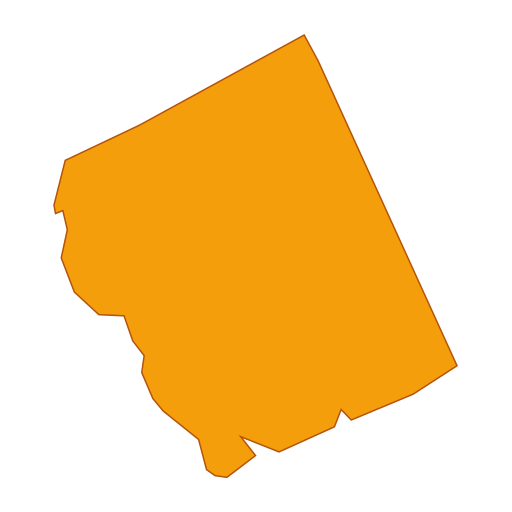 outline of Wilkinson, Georgia, United States of America, rotated 181°
{"feature_id": "52423323B58767298738144", "entity_name": "Wilkinson", "entity_type": "district", "adm_level": 2, "iso_a3": "USA", "parent_name": "United States of America", "parent_adm1": "Georgia", "projection": "mercator", "projection_center": [-83.113, 32.796], "detail": "fine", "context": "isolated", "style": "filled", "palette": "amber", "viewbox_px": 512, "rotation_deg": 181, "n_neighbors": 0, "source": "geoboundaries", "source_scale": "gbopen_adm2", "svg_char_len": 519}
<svg xmlns="http://www.w3.org/2000/svg" viewBox="0 0 512 512"><g transform="rotate(181 256 256)"><path d="M211.7,477.8L374.8,384.8L448.4,348.3L458.9,303.3L457.2,295.0L449.9,298.0L445.1,279.0L450.7,250.7L437.0,216.8L412.1,194.6L386.9,193.9L377.8,169.1L366.1,154.4L368.2,137.4L356.6,111.6L346.0,99.3L310.2,71.6L301.7,41.5L293.1,35.7L281.2,34.2L253.0,56.5L268.1,75.1L229.6,60.5L174.6,86.6L168.2,104.0L157.9,93.7L96.5,120.6L53.1,149.8L197.3,452.2L211.7,477.8Z" fill="#f59e0b" stroke="#b45309" stroke-width="1.5"/></g></svg>